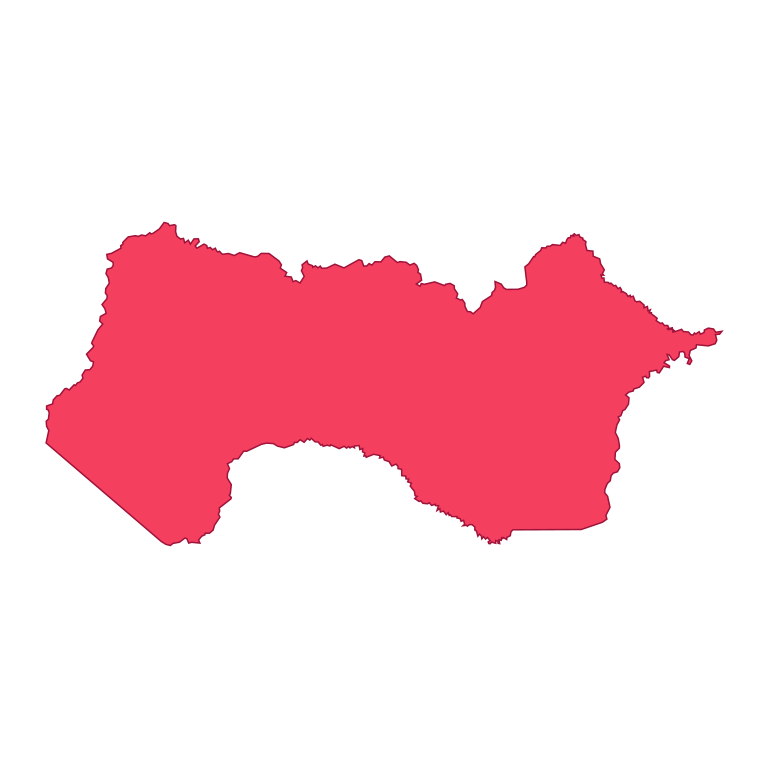 Pauini, Amazonas, Brazil (Albers equal-area conic projection)
{"feature_id": "56859067B82057358167154", "entity_name": "Pauini", "entity_type": "district", "adm_level": 2, "iso_a3": "BRA", "parent_name": "Brazil", "parent_adm1": "Amazonas", "projection": "albers", "projection_center": [-67.726, -7.765], "detail": "fine", "context": "isolated", "style": "filled", "palette": "rose", "viewbox_px": 768, "rotation_deg": 0, "n_neighbors": 0, "source": "geoboundaries", "source_scale": "gbopen_adm2", "svg_char_len": 6097}
<svg xmlns="http://www.w3.org/2000/svg" viewBox="0 0 768 768"><path d="M46.1,442.9L161.3,541.5L165.8,544.3L170.3,545.5L173.0,543.4L179.5,542.2L184.9,538.1L186.9,538.7L188.7,543.1L191.6,542.3L199.9,543.1L198.6,540.0L201.7,536.2L204.9,534.8L205.1,533.3L209.6,533.1L213.1,530.1L214.5,525.2L219.9,517.1L218.4,514.1L219.7,511.1L219.2,508.0L230.9,498.9L231.3,497.5L229.2,495.1L230.3,493.9L231.3,484.6L227.2,477.9L227.5,473.1L229.5,468.6L227.4,463.7L231.7,461.7L233.6,458.9L238.2,458.8L243.7,451.1L246.6,451.3L261.4,444.3L266.6,443.1L273.4,443.6L277.5,446.1L284.4,447.8L293.5,444.6L294.4,442.5L297.3,442.4L300.1,439.7L304.1,442.3L307.4,438.6L309.8,440.1L311.3,438.3L315.0,441.8L318.1,442.0L320.8,445.2L322.4,444.6L323.1,446.3L327.2,445.2L330.0,446.0L330.8,444.8L339.2,448.6L344.2,446.3L346.5,448.1L348.7,446.6L350.0,447.9L352.1,446.6L354.5,447.8L354.4,446.0L359.1,445.6L359.9,449.6L362.7,448.5L362.5,451.8L364.8,452.9L363.9,456.1L365.7,455.8L366.2,457.3L373.6,454.3L380.2,455.6L379.5,458.0L383.4,457.2L384.3,460.0L389.1,461.6L391.7,466.0L396.0,464.1L398.1,466.4L398.0,468.6L401.6,469.4L401.8,475.7L405.8,476.1L406.0,478.9L408.7,479.1L407.7,481.8L411.4,483.2L410.2,486.1L414.4,491.3L415.1,495.7L417.1,496.4L414.7,498.6L419.2,501.5L420.8,500.8L422.9,503.3L427.6,503.8L429.3,502.8L431.6,505.4L435.3,504.3L435.5,505.6L438.5,505.7L437.0,510.5L439.8,508.6L440.4,512.0L443.5,511.1L446.2,514.7L448.2,512.7L449.2,515.4L450.2,514.7L451.8,516.6L457.1,516.6L457.0,518.0L460.1,518.6L461.1,521.3L463.6,520.3L464.6,524.3L463.0,525.7L466.5,525.2L467.3,526.2L469.5,524.6L472.2,524.7L474.9,527.1L474.8,530.0L476.5,531.1L477.9,536.2L479.5,534.1L481.3,535.9L481.9,538.8L483.5,536.6L485.6,539.1L487.4,537.5L490.1,540.5L488.2,541.9L488.7,543.5L490.3,543.7L491.4,542.1L495.8,543.3L495.7,540.5L497.8,541.1L498.1,543.3L499.7,543.6L499.1,539.8L501.2,540.3L501.7,537.8L502.7,538.5L503.2,537.5L506.7,539.5L506.9,537.4L510.3,535.7L511.0,531.7L512.9,529.8L581.2,529.5L602.3,522.3L606.9,519.1L605.9,515.4L610.0,507.3L607.6,496.3L604.8,492.9L604.8,489.6L607.3,483.5L610.3,480.7L611.1,475.8L613.3,473.1L617.4,471.8L619.8,467.7L619.3,463.6L614.9,459.5L615.4,452.2L619.3,448.2L619.5,445.9L618.2,438.4L615.3,432.5L616.9,424.9L619.6,419.9L618.2,417.0L620.9,415.7L622.8,410.5L624.9,409.6L628.5,404.1L629.0,397.8L625.6,394.9L628.9,392.1L633.2,391.0L633.7,389.0L639.3,387.2L644.0,382.5L642.6,377.3L645.6,376.2L646.5,377.6L648.5,377.9L649.6,376.4L649.4,371.6L656.6,370.1L657.3,372.5L659.3,372.9L663.6,366.3L669.4,367.6L669.5,366.0L664.1,362.7L665.6,360.7L669.1,359.7L667.1,354.4L669.3,354.9L672.4,359.6L674.5,360.4L678.8,356.7L679.5,352.0L683.3,351.5L684.8,353.5L685.0,357.0L689.2,358.7L687.3,363.5L689.8,364.4L691.8,360.8L689.1,355.5L690.3,350.5L696.0,347.9L696.5,344.7L708.3,345.9L715.2,343.7L716.8,340.2L715.4,334.6L719.6,334.2L721.9,331.3L715.7,332.3L713.6,329.0L708.4,328.1L704.4,330.0L704.1,332.5L700.4,334.1L699.1,331.7L695.9,333.9L694.4,333.0L693.1,335.0L690.8,334.7L688.5,332.0L683.3,331.5L681.6,329.3L675.4,331.5L673.8,330.3L674.2,331.8L673.0,332.1L672.3,327.8L670.5,328.2L671.3,329.1L668.0,329.6L667.5,328.8L669.1,328.7L667.7,325.5L664.4,325.5L662.3,322.9L660.7,323.5L656.2,320.7L657.1,318.2L651.0,313.5L651.3,312.7L649.2,312.7L650.3,309.8L648.1,310.9L647.4,306.5L643.9,307.7L644.1,305.1L639.8,301.3L636.5,301.8L634.9,300.8L633.3,296.2L630.4,296.9L630.2,295.3L627.8,296.3L626.4,293.7L622.9,291.6L621.2,292.1L621.6,290.0L620.1,287.5L618.0,288.7L615.7,285.4L613.8,285.8L610.9,283.1L609.5,283.7L608.3,282.4L604.4,282.2L603.9,278.0L602.1,278.3L600.9,275.1L603.6,275.1L602.4,273.8L604.3,269.8L600.6,263.8L599.7,258.9L593.2,256.2L592.9,251.1L587.0,250.5L585.5,244.8L585.9,241.6L582.8,239.5L582.8,238.1L579.8,236.9L579.0,234.6L576.1,235.4L574.3,233.8L572.9,235.0L573.6,236.1L570.9,235.5L570.4,237.6L568.2,237.8L567.0,239.4L565.5,243.2L562.6,242.3L560.2,245.4L552.4,244.6L550.2,246.2L547.1,246.2L545.9,247.9L541.7,247.8L540.7,250.5L535.6,254.6L534.8,256.7L533.6,256.6L528.8,263.7L524.9,266.9L526.8,282.9L526.6,285.3L524.4,287.3L518.0,289.3L506.4,289.4L503.8,287.9L501.2,284.1L495.0,281.5L495.5,287.3L494.5,290.4L492.1,292.5L491.6,295.6L482.4,301.6L480.2,307.5L473.1,313.8L470.5,311.8L467.4,311.5L464.9,306.2L464.8,303.1L462.2,299.4L460.8,300.1L456.4,298.1L457.7,293.8L454.4,288.8L454.2,285.7L450.1,283.4L445.6,284.3L444.7,285.6L434.7,281.9L424.3,284.3L421.3,283.5L420.0,286.2L416.3,284.1L421.6,280.2L420.5,274.1L417.9,272.3L418.5,269.8L416.6,265.4L414.1,263.3L409.9,265.1L406.2,262.3L400.2,261.6L397.3,262.5L389.3,255.9L384.8,257.1L380.9,261.9L375.0,261.7L371.9,265.1L369.1,263.6L366.9,265.9L363.7,266.1L361.8,260.6L358.9,259.7L344.0,267.9L334.9,264.2L326.9,268.0L321.7,268.3L320.3,266.1L317.9,267.8L315.5,265.8L312.8,267.3L312.5,265.7L308.1,264.0L307.0,260.9L302.1,264.8L302.6,267.9L301.4,270.7L304.2,276.4L300.0,283.0L295.9,280.6L293.0,281.6L291.3,277.0L285.0,276.2L286.7,272.5L280.3,268.2L281.4,264.8L279.0,261.0L269.0,253.5L261.3,253.4L257.8,256.3L254.7,257.0L239.7,252.7L234.3,255.5L228.5,253.5L222.3,254.3L219.4,251.2L218.1,252.0L216.7,251.1L215.3,248.2L212.6,249.7L210.2,247.4L207.5,248.3L206.7,245.5L204.0,244.1L196.9,248.2L195.2,246.0L199.2,241.7L198.4,238.8L194.0,238.9L190.4,244.1L188.3,240.2L184.7,242.8L183.5,238.4L180.5,239.0L177.0,236.4L175.6,231.8L175.9,225.7L174.6,224.7L169.5,225.6L168.0,223.5L164.1,222.5L159.3,229.0L152.9,233.4L151.1,234.0L149.8,232.7L145.8,235.8L141.4,235.0L138.5,236.4L135.3,235.7L128.2,236.9L122.8,242.4L123.1,244.0L120.7,245.7L121.0,248.2L111.6,253.3L106.8,254.4L107.5,258.9L113.1,262.3L113.2,265.5L111.5,268.0L107.2,269.1L106.0,273.6L108.3,277.7L109.3,283.2L105.8,288.5L105.4,293.0L107.2,295.5L107.0,298.6L102.0,304.5L105.0,308.9L106.1,313.3L100.4,316.5L99.7,321.1L102.7,324.0L97.9,329.9L92.1,341.9L91.7,343.4L93.7,345.9L93.1,347.4L86.5,354.2L90.4,360.7L93.5,361.9L92.7,366.2L89.8,369.7L85.3,370.0L82.1,375.1L82.9,378.3L80.2,381.9L77.3,383.0L75.6,385.4L74.1,384.8L69.2,390.0L66.3,388.4L64.7,388.9L59.7,395.4L57.1,395.7L53.3,399.9L52.6,403.9L46.6,406.0L46.6,409.3L48.0,409.7L49.2,412.8L48.4,419.1L46.2,421.3L46.6,426.3L48.8,430.5L46.1,442.9Z" fill="#f43f5e" stroke="#9f1239" stroke-width="1.5"/></svg>